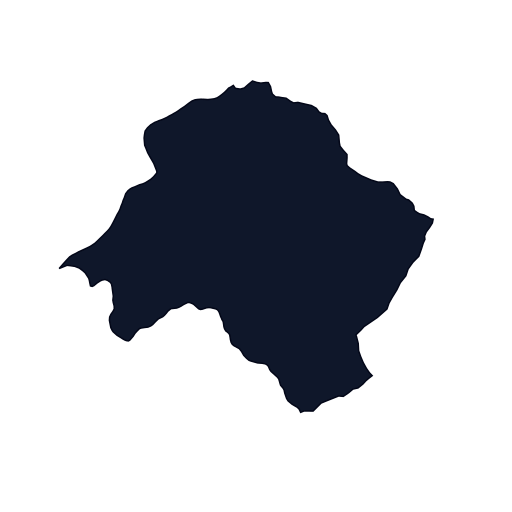 Tsirangtoe, Chirang, Bhutan (Robinson projection), rotated 42°
{"feature_id": "84629894B69953247245699", "entity_name": "Tsirangtoe", "entity_type": "district", "adm_level": 2, "iso_a3": "BTN", "parent_name": "Bhutan", "parent_adm1": "Chirang", "projection": "robinson", "projection_center": [90.098, 27.057], "detail": "fine", "context": "isolated", "style": "filled", "palette": "ink", "viewbox_px": 512, "rotation_deg": 42, "n_neighbors": 0, "source": "geoboundaries", "source_scale": "gbopen_adm2", "svg_char_len": 3897}
<svg xmlns="http://www.w3.org/2000/svg" viewBox="0 0 512 512"><g transform="rotate(42 256 256)"><path d="M393.8,342.3L395.4,339.0L402.2,333.0L402.8,321.7L405.0,317.1L408.2,310.6L411.1,304.7L414.8,301.9L416.3,295.7L417.1,290.0L420.1,285.8L421.1,279.6L421.1,275.5L421.6,271.6L422.4,267.2L418.5,266.9L413.3,265.7L407.0,263.5L401.2,260.8L395.7,257.8L390.5,252.6L384.7,248.7L383.0,247.8L383.5,240.9L383.5,236.2L387.3,220.5L388.8,207.8L386.3,201.9L384.9,195.7L383.3,186.9L381.1,179.3L380.6,170.5L377.7,163.8L376.8,155.8L377.0,150.9L377.2,147.4L374.3,140.3L371.6,134.4L370.4,130.6L367.9,128.4L366.4,124.2L365.9,118.7L365.0,113.5L363.0,110.1L360.8,111.5L357.6,111.9L353.3,113.1L349.2,115.3L346.3,115.9L343.1,116.2L340.0,113.4L336.8,112.2L331.9,112.2L329.5,113.4L322.0,114.0L316.2,111.6L309.6,110.4L306.1,111.3L304.1,112.8L300.3,116.7L297.1,119.5L290.7,122.5L280.9,125.8L276.6,126.7L272.8,127.0L266.7,127.9L263.2,127.9L261.5,126.7L258.0,122.2L255.7,119.7L250.2,119.1L245.0,118.2L242.2,116.1L236.5,110.8L230.7,109.2L224.0,108.3L218.8,106.5L214.8,104.1L211.9,104.1L209.3,106.2L206.4,106.8L202.0,105.9L196.5,107.1L192.2,109.5L188.4,111.6L184.4,113.8L181.5,117.1L178.0,118.0L172.8,118.6L169.3,121.0L166.4,122.8L164.1,124.7L159.8,124.7L157.5,123.4L153.4,120.4L149.1,118.9L147.3,120.4L143.9,124.3L140.4,126.5L136.3,128.3L135.5,133.4L134.9,138.9L132.6,142.5L128.5,145.2L125.0,144.4L124.1,147.6L123.3,149.5L123.3,152.2L123.1,155.5L122.6,158.9L122.0,161.9L121.3,164.4L119.8,167.1L117.6,169.7L115.5,172.0L112.7,174.2L110.1,176.4L107.7,178.9L106.2,180.7L104.7,183.7L103.8,187.6L102.9,192.6L101.7,197.1L101.2,199.6L100.5,202.4L99.5,205.3L98.9,207.3L98.2,209.0L97.6,210.7L97.2,212.2L95.9,215.3L94.9,217.5L93.4,220.2L92.4,222.4L91.4,224.3L90.0,228.9L89.6,233.3L90.0,237.3L92.1,240.7L93.9,243.2L96.2,245.4L99.2,248.2L102.0,249.5L106.4,251.7L110.4,253.1L115.1,254.6L118.1,255.6L120.5,256.8L123.3,258.2L125.5,259.3L126.7,260.6L126.8,263.2L126.9,265.6L126.5,269.4L125.6,272.7L124.8,275.5L123.7,278.0L121.8,281.0L119.7,285.7L118.3,288.3L117.6,290.5L117.2,293.2L117.5,296.9L119.2,300.9L120.1,303.6L121.3,306.2L122.2,308.9L123.6,312.1L124.4,314.8L125.0,317.9L126.7,324.0L127.6,327.4L128.5,331.2L128.9,334.4L128.9,337.0L128.7,340.3L128.6,343.4L128.3,347.5L128.1,351.0L127.8,354.3L126.4,359.8L124.9,363.5L121.4,371.6L120.4,374.6L118.9,378.3L118.1,381.4L118.0,385.9L118.0,391.0L118.1,397.0L121.8,389.4L124.4,387.5L128.3,384.9L132.8,383.2L137.3,382.8L140.3,382.8L146.7,384.5L148.7,385.8L150.1,386.9L153.0,389.0L154.6,388.2L155.3,386.6L156.0,382.1L157.0,378.5L157.8,376.8L159.5,374.5L162.1,373.4L163.8,373.2L165.4,373.0L167.3,373.5L169.9,375.4L171.1,376.5L176.8,381.3L179.2,384.6L181.1,386.1L184.0,388.0L186.1,390.2L186.8,393.0L187.2,396.4L188.1,399.3L190.1,401.9L196.1,406.4L198.9,407.5L200.6,407.9L205.8,407.9L210.6,407.0L212.7,406.7L215.1,406.1L216.5,405.5L218.0,404.5L218.5,403.0L218.4,397.9L217.8,394.4L217.8,391.6L218.0,387.9L218.9,386.3L221.1,383.6L223.3,381.1L224.6,378.3L225.1,376.1L225.2,372.1L225.5,368.0L227.3,363.6L227.6,361.3L227.6,358.4L227.4,356.1L228.0,352.1L231.9,347.7L233.0,345.6L233.9,343.2L234.3,341.6L234.9,339.8L236.4,336.2L238.0,334.9L240.7,333.9L242.3,333.6L246.8,333.6L248.8,333.6L250.5,332.9L251.7,331.4L253.8,327.7L255.3,326.0L256.9,324.7L258.4,323.9L261.3,322.3L262.8,321.8L264.3,321.8L266.2,322.4L268.1,323.4L270.4,324.7L271.9,325.3L273.2,326.0L275.5,326.7L277.6,328.4L279.6,330.1L281.3,331.1L283.7,331.9L285.4,331.7L287.6,331.7L289.2,332.2L291.5,334.0L292.9,335.2L295.3,336.8L297.5,337.5L299.7,337.4L305.6,336.0L309.1,336.6L310.9,337.2L313.3,338.0L317.3,338.3L320.6,338.2L322.4,337.5L328.7,334.4L332.3,331.6L335.1,329.9L337.1,329.5L339.1,329.7L342.2,331.2L344.4,331.7L352.8,331.7L355.1,332.1L357.4,333.5L359.1,334.6L360.8,335.6L364.5,336.1L366.4,336.7L369.2,338.7L374.1,341.4L376.8,342.2L382.2,342.0L387.8,340.8L390.4,340.9L393.8,342.3Z" fill="#0f172a" stroke="#020617" stroke-width="1.5"/></g></svg>